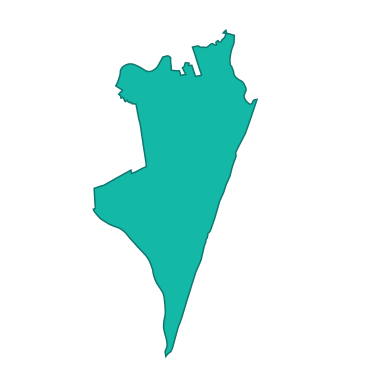 Hai Hau, Nam Định, Vietnam (Albers equal-area conic projection), rotated 338°
{"feature_id": "81297802B21970288414729", "entity_name": "Hai Hau", "entity_type": "district", "adm_level": 2, "iso_a3": "VNM", "parent_name": "Vietnam", "parent_adm1": "Nam Định", "projection": "albers", "projection_center": [106.28, 20.123], "detail": "fine", "context": "isolated", "style": "filled", "palette": "teal", "viewbox_px": 384, "rotation_deg": 338, "n_neighbors": 0, "source": "geoboundaries", "source_scale": "gbopen_adm2", "svg_char_len": 5306}
<svg xmlns="http://www.w3.org/2000/svg" viewBox="0 0 384 384"><g transform="rotate(338 192 192)"><path d="M290.0,62.6L288.0,61.2L286.2,59.6L284.0,58.2L283.7,57.8L283.8,57.2L283.9,55.7L284.0,55.1L284.0,54.7L283.1,55.0L281.0,55.9L280.5,56.3L281.3,56.7L281.9,56.9L282.2,57.2L282.3,57.5L282.3,57.9L282.3,58.3L282.2,58.7L281.5,59.5L280.9,60.2L280.2,60.8L279.4,61.2L278.1,61.7L277.0,62.1L276.4,62.4L275.8,63.0L275.3,63.4L274.9,63.5L274.2,63.6L273.7,63.5L273.4,63.2L273.2,62.8L273.1,62.0L273.0,61.6L272.8,61.3L272.7,61.3L271.6,61.6L271.1,61.8L270.5,62.2L270.2,62.3L270.0,62.5L270.0,63.1L270.1,64.0L270.1,64.6L269.9,64.7L269.5,64.8L268.8,64.8L268.3,64.4L267.7,63.5L267.2,62.8L266.7,62.2L266.4,62.0L266.0,61.9L265.5,61.8L264.8,62.0L263.1,62.5L261.1,63.2L260.4,63.3L260.0,63.4L259.3,63.3L258.5,62.9L257.1,62.1L256.7,61.9L256.1,61.7L255.1,61.4L254.4,61.2L254.1,61.1L253.9,60.8L253.2,59.7L252.6,59.2L252.0,58.7L246.7,57.8L246.2,66.2L245.4,75.8L245.2,78.7L244.8,85.6L244.5,87.3L238.5,86.2L239.3,74.5L236.1,73.3L237.6,71.4L234.3,69.6L231.6,72.8L229.6,73.3L230.3,80.6L227.6,80.1L225.6,79.7L225.2,79.6L225.6,77.1L225.7,74.8L223.0,73.9L222.9,73.8L218.4,71.3L219.7,67.9L220.2,66.2L220.6,64.5L220.7,64.2L221.4,62.1L221.8,61.2L222.5,59.3L221.6,57.6L221.3,57.3L220.6,56.8L219.6,56.4L219.0,56.3L218.2,56.3L216.4,56.1L216.0,56.0L215.4,55.9L213.5,57.6L210.4,60.1L209.5,60.9L207.0,62.8L205.8,63.5L203.9,64.2L200.8,64.8L200.3,64.8L198.9,64.7L197.6,64.3L197.0,64.1L196.8,64.0L196.1,63.6L195.3,63.0L194.6,62.3L194.2,61.9L192.4,59.4L191.8,58.6L190.7,57.1L189.6,55.8L189.4,55.6L187.8,53.9L186.6,52.6L185.0,51.3L183.7,50.5L181.5,49.7L180.6,49.5L179.2,49.4L178.5,49.4L176.5,49.7L175.4,49.8L175.1,50.0L174.8,50.1L173.9,50.4L173.3,50.7L172.6,51.3L172.3,51.5L171.9,51.9L171.5,52.3L171.2,52.5L171.0,52.8L170.8,53.2L170.7,53.5L170.3,54.3L169.8,55.3L169.1,56.4L168.2,57.7L166.5,59.7L164.8,61.7L162.7,63.7L161.1,65.1L161.3,65.4L161.9,66.1L162.5,67.1L164.2,69.4L165.4,71.0L165.7,71.6L162.6,73.0L160.7,73.9L160.9,74.4L161.6,75.9L161.7,76.7L161.7,77.1L161.6,77.4L161.6,77.7L161.4,77.9L161.4,78.1L161.3,78.3L161.6,78.5L161.8,78.5L162.2,78.4L162.6,78.4L163.0,78.4L163.3,78.4L163.5,78.5L163.7,80.2L163.7,82.2L163.8,82.8L163.9,83.0L164.0,83.2L165.1,82.7L165.6,82.5L165.9,82.5L166.1,82.5L166.2,83.1L166.1,83.8L166.2,84.0L166.3,84.1L166.6,84.3L166.8,84.4L167.0,84.6L167.2,85.2L167.3,85.6L167.6,85.7L167.8,85.7L168.2,85.7L168.8,85.7L169.0,85.8L169.0,86.1L169.0,86.7L169.0,87.1L169.1,87.3L169.2,87.5L169.8,87.8L171.6,88.8L173.0,89.4L173.0,89.5L172.8,90.5L172.6,91.7L172.4,92.3L172.1,94.0L172.0,94.6L171.8,95.7L171.3,97.8L170.9,100.0L170.8,100.5L170.5,102.0L170.3,102.8L170.1,103.9L170.0,105.0L169.7,106.8L169.7,107.3L169.6,108.0L169.5,109.2L167.6,117.0L164.9,128.2L163.5,134.1L162.2,139.8L160.0,148.9L159.9,149.1L159.1,151.4L154.6,151.5L152.1,151.7L150.3,152.0L146.1,152.3L142.9,152.2L143.6,148.8L142.7,148.9L138.2,149.5L127.4,150.8L120.0,151.8L118.7,151.9L116.7,152.2L113.1,152.7L112.2,152.7L110.0,152.4L107.4,152.2L105.3,152.1L102.6,152.0L97.2,168.0L97.0,168.5L96.9,169.3L96.8,169.9L96.1,171.0L94.0,171.0L94.0,172.3L94.2,173.8L94.3,174.1L95.0,176.4L95.7,178.6L97.1,182.3L98.5,184.5L101.4,188.4L103.5,191.2L106.3,194.0L108.6,196.0L110.5,197.7L112.2,199.8L113.5,201.8L114.7,204.1L114.9,204.7L115.4,205.8L116.9,210.9L118.8,216.1L119.3,217.4L120.8,221.7L123.1,227.6L124.2,230.4L125.4,233.6L126.3,237.3L126.5,238.6L126.7,241.4L126.7,241.6L126.7,244.2L126.5,247.4L126.4,249.3L125.8,251.8L125.3,254.3L125.2,256.4L125.0,258.1L125.0,259.8L125.1,262.0L125.2,263.5L125.3,264.2L125.9,267.1L126.5,270.0L127.1,273.5L127.3,274.8L127.1,276.0L126.9,278.3L126.3,280.6L125.0,285.3L124.4,287.3L123.1,291.0L122.2,293.5L121.9,294.2L121.8,294.4L120.7,296.5L119.4,298.4L117.2,301.9L116.5,303.4L115.4,305.7L114.8,307.4L114.4,309.4L113.9,312.2L113.4,316.6L113.3,317.5L113.2,318.6L112.6,321.4L111.9,323.7L111.2,325.5L110.5,326.5L109.0,328.1L108.0,329.0L107.5,329.6L106.9,331.1L106.5,333.2L106.1,334.6L109.9,332.6L110.9,332.5L112.5,332.1L115.3,329.5L125.2,316.5L128.3,312.5L135.5,304.6L147.1,290.1L153.7,282.2L155.2,280.2L165.6,267.6L174.7,258.7L179.5,251.9L183.2,246.6L186.0,243.5L186.8,242.0L187.4,241.3L189.1,240.0L190.0,238.6L190.9,237.0L191.7,236.1L193.0,235.8L194.0,235.2L195.3,233.9L202.6,225.6L203.1,225.0L214.2,210.9L221.3,204.1L225.7,198.7L233.3,191.3L238.2,184.5L240.7,181.5L243.7,178.2L245.9,175.8L246.5,174.6L247.1,172.0L250.0,169.2L263.5,157.6L273.6,146.2L287.0,130.5L286.1,130.3L285.3,130.1L284.6,130.0L283.9,130.0L283.4,130.1L283.0,130.3L282.6,130.7L281.8,131.5L281.1,132.1L280.6,132.4L280.1,132.5L279.5,132.5L278.8,132.3L278.5,132.1L277.9,131.5L277.8,131.2L277.2,130.1L276.6,128.7L276.1,127.2L275.9,125.5L275.9,124.6L275.9,124.2L276.0,123.2L276.3,122.3L276.8,121.6L277.6,120.7L278.7,119.5L279.7,118.6L280.2,118.0L280.7,116.8L280.9,115.7L280.9,114.7L280.8,113.2L280.7,111.4L280.5,110.2L280.2,109.4L280.0,108.8L279.7,108.0L279.0,107.2L278.9,107.0L277.6,105.6L276.1,103.0L275.8,102.5L275.1,100.5L275.0,99.4L275.0,98.4L275.3,97.1L275.6,95.9L275.7,94.6L275.7,93.5L275.7,92.4L275.8,91.3L275.7,90.6L275.5,89.7L275.3,88.8L275.3,88.0L275.5,87.0L276.1,85.2L276.3,84.5L277.0,83.0L278.1,81.0L279.2,79.0L280.4,77.2L281.2,76.0L282.5,74.3L285.5,71.1L285.7,70.9L286.3,70.1L287.1,68.8L287.9,67.1L289.0,64.4L290.0,62.6Z" fill="#14b8a6" stroke="#0f766e" stroke-width="1.5"/></g></svg>